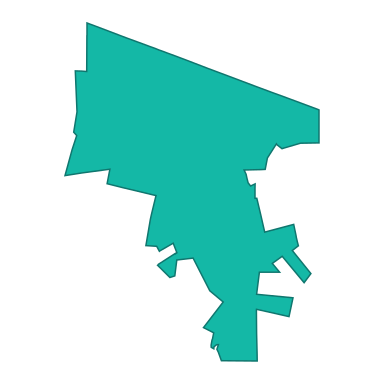 outline of Sáric, Sonora, Mexico
{"feature_id": "50627088B71903228926", "entity_name": "Sáric", "entity_type": "district", "adm_level": 2, "iso_a3": "MEX", "parent_name": "Mexico", "parent_adm1": "Sonora", "projection": "albers", "projection_center": [-111.433, 31.244], "detail": "fine", "context": "isolated", "style": "filled", "palette": "teal", "viewbox_px": 384, "rotation_deg": 0, "n_neighbors": 0, "source": "geoboundaries", "source_scale": "gbopen_adm2", "svg_char_len": 1621}
<svg xmlns="http://www.w3.org/2000/svg" viewBox="0 0 384 384"><path d="M319.0,109.9L318.6,109.7L286.4,97.7L270.5,91.9L256.0,86.5L209.5,69.0L209.1,68.9L183.9,59.2L180.4,57.9L177.0,56.6L175.4,56.0L167.2,53.0L164.1,51.8L161.9,51.0L159.0,50.0L155.1,48.4L152.9,47.6L149.5,46.4L146.1,45.1L145.7,45.0L144.3,44.4L143.6,44.2L139.9,42.8L138.7,42.4L126.4,37.9L91.4,24.6L91.0,24.5L87.0,23.0L87.0,35.3L86.9,35.5L86.7,71.5L81.7,71.1L75.3,70.9L77.0,111.9L73.7,132.2L75.8,134.5L76.7,135.6L72.1,149.7L65.0,175.6L77.7,173.6L81.5,173.0L109.9,169.2L107.1,183.7L122.6,187.6L156.0,195.6L151.4,214.6L150.4,219.2L150.3,219.7L145.9,245.6L156.7,246.3L159.4,251.3L159.8,251.0L160.0,250.8L173.2,243.2L176.9,252.8L175.3,253.9L175.2,253.5L158.4,264.3L158.1,264.9L157.6,265.3L169.9,277.5L174.8,275.9L176.8,260.0L193.1,258.1L209.8,290.8L221.3,300.4L223.2,302.0L221.8,303.8L203.5,327.6L213.7,332.8L212.5,338.9L212.0,340.1L211.1,345.1L211.2,347.3L213.8,348.8L214.0,346.8L216.6,344.7L218.4,344.6L216.9,349.3L218.3,352.1L221.4,360.7L245.4,360.9L257.2,361.0L257.1,354.2L256.6,333.3L256.4,310.3L256.5,309.3L289.0,316.6L293.0,297.8L256.6,294.3L259.4,272.2L279.6,272.2L272.3,263.4L282.2,256.3L304.1,282.7L310.9,273.6L292.3,250.5L298.1,246.0L298.4,245.8L297.9,244.0L297.7,243.0L297.6,242.9L296.3,237.3L296.0,235.4L293.7,224.4L264.7,232.1L260.6,214.2L257.5,201.2L256.8,198.3L255.0,198.3L255.0,188.1L255.1,183.9L250.6,186.0L248.1,182.8L246.9,178.0L246.1,174.3L244.1,170.0L256.4,169.7L261.2,169.6L265.2,169.4L267.4,158.0L276.4,143.9L276.8,144.6L282.0,148.7L283.8,148.1L300.5,143.2L319.0,142.9L319.0,109.9Z" fill="#14b8a6" stroke="#0f766e" stroke-width="1.5"/></svg>